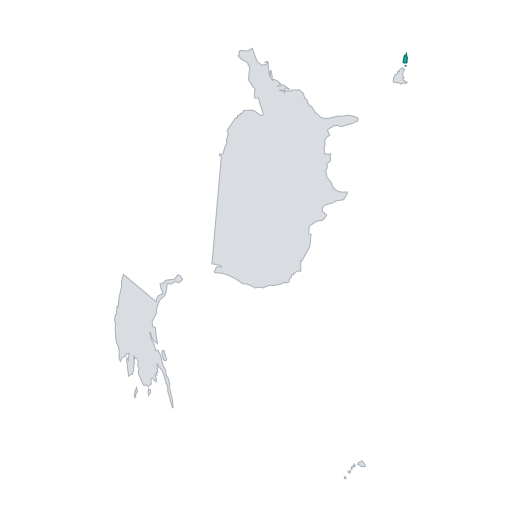 Puerto Rico highlighted among its neighbors, rotated 275°
{"feature_id": "PRI", "entity_name": "Puerto Rico", "entity_type": "country or territory", "adm_level": 0, "iso_a3": "PRI", "parent_name": "North America", "parent_adm1": "", "projection": "equal_earth", "projection_center": [-66.749, 18.235], "detail": "fine", "context": "with_neighbors", "style": "filled", "palette": "teal", "viewbox_px": 512, "rotation_deg": 275, "n_neighbors": 2, "source": "natural_earth", "source_scale": "50m", "svg_char_len": 5099}
<svg xmlns="http://www.w3.org/2000/svg" viewBox="0 0 512 512"><g transform="rotate(275 256 256)"><path d="M244.4,212.8L352.6,212.8L352.9,210.8L354.3,210.8L354.5,213.6L355.6,214.4L362.1,215.5L365.7,217.1L369.0,216.4L374.9,217.7L378.6,216.3L391.6,223.4L391.9,224.7L392.7,225.2L392.4,225.7L394.3,225.4L395.1,227.4L396.8,228.0L396.2,229.0L400.1,231.4L401.0,240.7L396.3,248.7L396.6,250.0L397.9,250.9L413.8,244.5L413.0,241.3L414.9,240.4L422.7,240.4L424.1,238.4L430.9,233.2L444.5,233.2L444.9,231.9L447.9,230.8L450.7,224.4L453.8,220.6L455.1,221.9L457.7,221.1L459.5,222.5L459.4,229.5L462.7,234.2L449.9,240.1L447.0,244.5L446.9,247.3L448.2,250.2L449.9,250.3L449.5,248.3L450.7,249.5L450.4,251.1L438.3,253.3L434.8,254.9L440.9,253.9L442.1,254.9L436.2,256.5L433.6,256.5L433.8,255.9L432.4,257.4L433.6,257.6L432.6,261.5L429.4,265.8L429.2,264.4L426.9,262.7L427.7,265.7L428.7,266.7L428.7,268.7L424.7,275.4L425.8,271.3L423.7,269.2L423.4,264.6L422.5,267.0L423.2,270.5L420.5,269.7L423.3,271.4L423.3,276.8L424.5,277.1L425.2,284.7L422.3,288.9L417.8,290.6L414.9,294.0L412.7,294.4L410.4,296.5L409.7,298.4L404.7,302.1L399.9,308.3L399.0,312.5L399.6,316.5L402.6,325.7L402.5,328.3L404.3,335.2L403.7,341.5L402.5,345.2L401.1,345.9L398.9,345.2L398.3,342.6L396.7,341.2L392.2,329.2L393.3,325.3L392.2,322.0L389.0,317.1L387.4,316.2L382.8,318.9L380.0,315.8L377.4,314.4L372.4,315.1L368.5,314.5L363.3,315.8L363.9,317.4L363.7,319.7L364.5,320.9L363.6,321.7L362.1,320.8L360.3,321.9L357.1,321.7L354.1,318.6L350.2,319.4L347.1,318.0L340.5,319.8L336.1,324.2L331.4,326.7L328.8,329.5L327.5,332.2L327.1,336.3L327.7,341.2L325.9,341.4L319.6,338.2L318.0,331.3L315.7,327.9L312.8,320.4L310.0,318.0L306.4,318.1L303.0,322.8L299.6,321.0L297.5,319.2L295.8,313.0L290.3,306.5L282.7,306.5L282.4,308.9L270.2,308.9L254.9,302.0L255.5,300.9L244.8,302.0L244.7,299.0L242.5,295.7L240.6,295.0L240.5,293.4L238.1,293.1L236.9,291.6L233.0,291.0L232.1,290.1L232.3,287.0L229.4,281.3L227.7,273.5L228.2,272.2L224.8,265.7L225.4,261.2L224.0,258.2L226.1,253.7L227.3,249.1L227.2,245.0L230.3,240.0L234.3,230.5L235.9,223.6L235.8,216.8L236.6,215.9L241.7,217.6L242.2,222.4L243.6,221.0L244.4,212.8ZM226.1,125.6L201.6,160.6L205.0,160.8L207.7,161.9L210.6,166.6L215.4,164.2L219.8,162.8L220.4,165.0L224.1,168.7L225.8,176.9L230.7,179.8L229.4,182.6L226.3,184.9L222.6,181.7L223.5,177.7L220.6,174.1L220.8,170.0L211.8,169.6L208.3,168.3L203.6,163.9L195.4,161.6L190.3,161.9L181.6,158.2L177.1,159.1L175.8,162.0L169.0,163.2L160.3,165.5L161.5,163.0L166.1,158.9L170.7,157.6L170.5,156.6L164.4,158.9L159.9,161.7L152.7,164.7L153.8,166.7L148.2,169.9L138.5,173.0L136.2,175.0L128.9,177.3L126.3,179.4L120.6,181.4L118.3,181.0L105.0,185.4L97.6,186.7L97.6,185.9L113.6,179.9L118.5,179.3L121.6,177.5L128.6,174.8L133.8,172.4L136.8,169.1L140.5,166.5L135.4,167.8L134.8,167.1L131.7,168.6L131.0,166.5L128.9,168.0L129.2,165.9L124.3,167.6L122.1,167.6L123.7,165.0L125.6,163.5L124.5,162.0L119.3,162.8L116.3,159.8L118.3,157.5L117.1,155.7L120.4,153.4L125.2,151.2L128.2,149.1L131.3,148.9L133.1,149.5L137.5,147.6L139.7,147.9L143.3,146.7L144.2,145.0L142.9,144.3L146.7,142.8L140.3,143.7L138.5,144.5L136.6,143.7L131.4,144.1L127.3,143.2L127.3,141.7L125.1,139.6L140.4,136.3L143.1,136.3L141.0,138.1L148.1,137.9L147.5,135.7L144.7,134.4L142.4,131.1L139.1,130.1L142.7,128.3L148.5,128.2L154.1,126.7L156.4,125.1L161.2,123.6L172.1,121.9L174.8,122.1L181.2,120.5L185.3,121.1L186.3,122.5L188.3,121.9L193.5,122.1L192.6,122.8L197.0,123.3L200.5,123.0L214.3,124.7L219.0,124.2L226.1,125.6ZM106.0,146.7L107.4,147.4L109.9,147.0L114.6,148.5L110.6,149.8L108.1,148.2L104.9,148.5L104.4,148.1L106.0,146.7ZM59.2,376.3L61.2,379.8L56.5,383.4L55.5,382.5L55.6,378.6L57.0,376.9L57.3,375.1L59.2,376.3ZM57.3,372.1L55.1,373.3L54.2,371.1L54.8,370.6L57.3,372.1ZM54.3,369.6L54.1,370.2L51.7,370.1L52.2,369.3L54.3,369.6ZM49.3,366.3L50.5,368.7L50.1,369.0L48.3,368.8L47.9,367.1L49.3,366.3ZM43.9,363.3L43.0,365.3L41.7,364.2L42.9,363.1L43.9,363.3ZM111.9,160.3L114.4,160.7L113.4,162.3L110.7,163.0L107.8,161.0L111.9,160.3ZM151.3,170.6L153.5,170.9L154.1,172.3L144.8,176.1L143.7,174.9L144.6,172.9L151.3,170.6Z" fill="#d9dde1" stroke="#a8b0b8" stroke-width="1"/><path d="M441.1,390.6L441.0,387.1L439.8,385.3L440.9,384.2L440.9,378.5L441.5,377.5L445.1,377.5L449.0,378.9L449.8,381.1L452.3,381.0L452.1,382.8L454.2,383.0L456.4,385.3L454.7,387.8L452.5,386.5L448.9,386.4L446.3,387.9L445.6,386.4L444.1,387.3L442.2,391.5L441.1,390.6Z" fill="#d9dde1" stroke="#a8b0b8" stroke-width="1"/><path d="M466.5,386.3L466.6,386.2L467.6,386.3L468.2,386.6L468.7,386.7L468.8,387.6L468.3,387.9L468.0,388.3L467.8,388.7L467.2,389.2L466.4,389.4L465.9,389.4L465.7,389.4L465.2,389.4L464.7,389.1L464.3,389.2L463.5,389.1L463.2,389.3L462.9,389.4L462.6,389.4L462.4,389.3L461.8,389.3L461.6,389.1L461.7,388.1L461.7,387.7L461.5,387.3L461.4,387.1L461.3,386.8L461.5,386.6L461.7,386.4L461.7,386.0L461.9,385.9L462.2,385.8L463.3,386.0L466.2,386.1L466.3,386.2L466.5,386.3ZM469.7,388.4L469.3,388.5L469.1,388.4L469.0,388.2L469.4,388.0L470.0,388.1L470.3,388.2L469.7,388.4ZM458.5,388.7L458.4,388.7L458.2,388.5L458.2,388.4L458.5,388.3L458.6,388.5L458.5,388.7Z" fill="#14b8a6" stroke="#0f766e" stroke-width="1.5"/></g></svg>